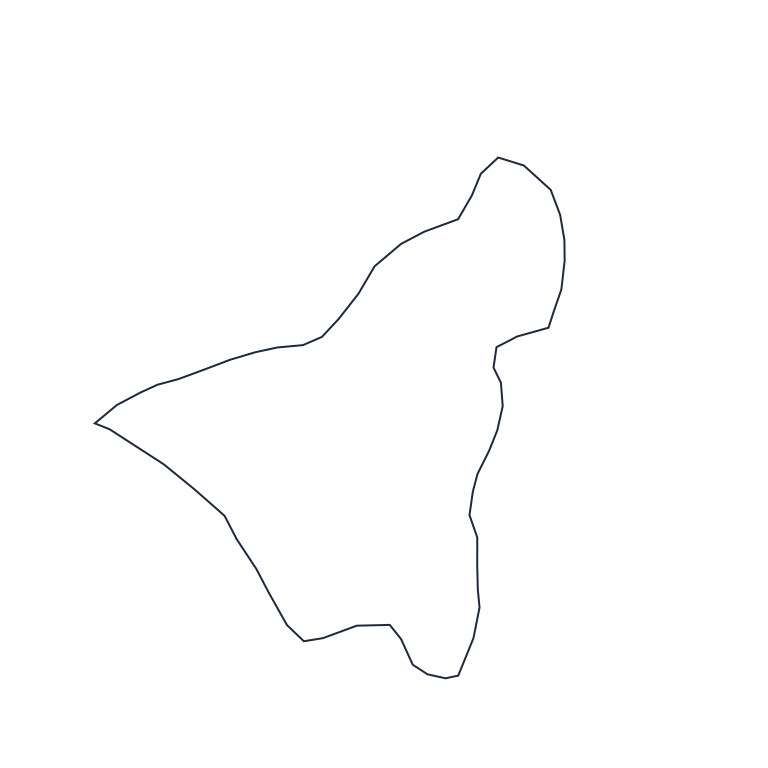 Vokolida, Cyprus (orthographic projection), rotated 213°
{"feature_id": "46923920B93195640595309", "entity_name": "Vokolida", "entity_type": "district", "adm_level": 2, "iso_a3": "CYP", "parent_name": "Cyprus", "parent_adm1": "", "projection": "orthographic", "projection_center": [34.07, 35.367], "detail": "fine", "context": "isolated", "style": "outline", "palette": "slate", "viewbox_px": 768, "rotation_deg": 213, "n_neighbors": 0, "source": "geoboundaries", "source_scale": "gbopen_adm2", "svg_char_len": 910}
<svg xmlns="http://www.w3.org/2000/svg" viewBox="0 0 768 768"><g transform="rotate(213 384 384)"><path d="M162.9,179.9L170.6,219.7L182.1,248.5L193.5,262.9L206.4,281.7L222.2,306.1L240.9,320.6L250.9,342.2L256.6,359.5L259.5,385.4L263.8,407.0L272.4,430.1L286.7,448.8L301.1,457.4L309.7,476.2L298.2,496.4L276.7,520.8L281.0,536.7L286.7,559.8L299.6,585.7L311.1,603.0L328.3,621.7L349.9,637.6L385.7,643.4L411.6,636.1L417.3,613.1L413.0,590.0L411.6,562.6L433.1,533.8L446.0,510.8L456.0,477.6L454.6,445.9L457.4,414.2L461.7,389.7L473.2,372.4L493.3,356.6L509.1,340.7L526.3,320.5L542.1,298.9L559.3,275.9L573.6,260.0L583.6,244.2L596.5,221.1L605.1,193.5L589.4,196.6L566.4,196.6L524.8,196.7L484.7,192.3L445.9,186.6L423.0,173.6L390.0,159.2L367.1,146.3L334.1,129.0L311.1,124.6L296.8,137.6L275.3,166.4L248.0,185.1L230.8,179.4L207.0,164.2L189.5,164.2L172.1,170.7L162.9,179.9Z" fill="none" stroke="#1e293b" stroke-width="2"/></g></svg>